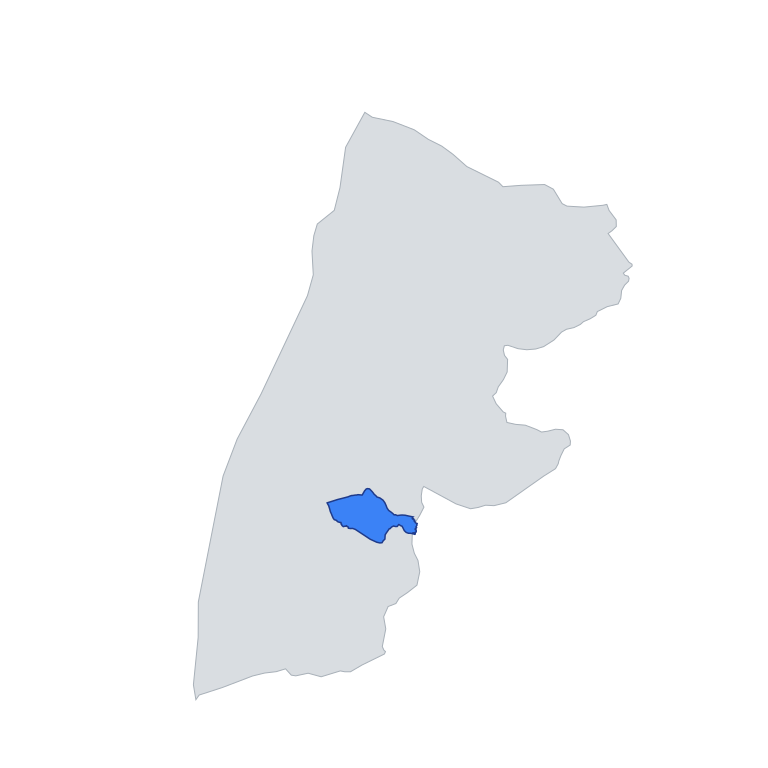 location of Gbao, Grand Gedeh, Liberia, rotated 73°
{"feature_id": "62588387B49218131763508", "entity_name": "Gbao", "entity_type": "district", "adm_level": 2, "iso_a3": "LBR", "parent_name": "Liberia", "parent_adm1": "Grand Gedeh", "projection": "albers", "projection_center": [-8.462, 6.068], "detail": "fine", "context": "in_parent", "style": "filled", "palette": "blue", "viewbox_px": 768, "rotation_deg": 73, "n_neighbors": 0, "source": "geoboundaries", "source_scale": "gbopen_adm2", "svg_char_len": 4072}
<svg xmlns="http://www.w3.org/2000/svg" viewBox="0 0 768 768"><g transform="rotate(73 384 384)"><path d="M118.6,322.9L125.5,317.2L135.7,298.6L149.8,280.7L163.0,270.1L173.4,259.2L184.5,250.9L200.3,241.2L224.5,215.5L230.1,212.6L234.1,194.8L240.2,172.1L247.2,165.1L263.6,160.9L267.4,157.0L273.3,141.1L277.1,122.4L277.4,118.4L283.9,118.0L294.9,114.0L301.3,115.8L304.1,121.2L305.6,125.7L339.0,114.2L342.0,111.8L343.7,112.2L347.9,122.7L350.3,122.0L352.3,119.0L354.6,118.7L357.2,120.1L359.8,125.0L364.0,129.4L371.3,132.5L375.9,136.7L375.3,147.9L377.1,158.8L380.2,161.3L381.9,167.8L382.7,175.0L384.4,178.7L385.6,185.9L385.0,193.6L386.3,199.1L391.6,208.5L394.9,220.3L394.9,228.6L393.0,237.4L389.4,245.5L383.2,254.2L382.6,257.7L386.3,260.0L391.9,260.4L396.6,258.6L408.5,262.7L414.7,268.5L420.2,275.6L425.1,279.2L427.3,283.7L435.7,282.5L445.5,278.2L447.5,276.1L450.4,277.2L456.7,277.7L461.1,269.9L464.7,260.9L472.3,251.2L476.0,247.4L477.0,241.2L477.4,233.2L480.1,226.2L486.4,222.4L493.1,222.4L496.8,223.8L498.7,230.6L504.1,235.7L508.7,239.3L511.2,240.7L515.1,244.7L518.8,258.3L533.2,302.2L532.5,314.4L529.6,322.3L529.6,330.0L528.6,337.7L519.7,350.2L493.6,375.9L495.6,378.1L501.9,381.1L508.2,382.6L513.4,381.8L520.0,388.2L527.0,396.2L534.5,400.4L545.3,404.1L554.7,404.5L562.7,403.1L574.0,404.7L586.0,411.3L590.3,422.4L593.2,432.0L597.4,436.8L598.0,445.1L606.5,452.4L618.7,453.9L634.6,462.4L638.6,461.9L640.3,460.8L642.3,462.5L646.3,487.2L649.4,500.2L647.8,505.5L645.6,509.7L645.6,529.7L638.4,541.1L637.3,553.7L635.3,557.8L627.6,561.4L627.6,571.1L625.5,582.7L624.8,595.1L627.0,627.5L627.4,651.7L630.9,656.2L615.9,654.2L572.0,635.8L538.2,625.3L425.0,564.8L393.7,540.5L357.5,504.4L277.2,431.4L258.9,419.7L235.8,414.0L221.6,407.7L211.5,401.0L203.4,380.8L183.4,368.7L146.4,351.5L118.6,322.9Z" fill="#d9dde1" stroke="#a8b0b8" stroke-width="1"/><path d="M506.5,416.3L506.4,416.4L505.4,416.8L503.2,417.4L500.9,417.5L500.3,417.6L497.8,417.9L495.1,418.8L494.8,418.9L493.0,420.3L491.7,421.3L490.0,423.8L489.6,423.9L488.8,424.3L488.5,424.4L486.5,425.7L485.7,425.9L483.4,426.8L480.1,428.5L479.2,430.4L479.2,430.7L479.2,431.7L480.5,433.8L483.5,437.0L483.8,437.4L482.2,441.3L482.2,442.5L481.8,444.0L481.5,446.4L481.2,447.4L481.2,448.1L481.2,449.3L481.4,451.4L481.3,453.3L481.3,453.9L481.0,460.3L480.9,461.9L481.0,470.4L481.0,473.1L481.6,473.1L484.2,472.5L484.8,472.5L487.2,472.5L487.6,472.5L490.4,472.6L493.5,472.2L494.2,472.2L497.5,471.8L499.2,471.2L499.7,470.5L499.8,470.3L500.1,469.9L500.8,469.1L501.5,469.0L502.2,468.5L503.0,467.4L503.2,467.1L503.5,466.6L503.8,465.7L504.4,465.7L505.3,466.0L505.6,465.6L506.1,465.6L506.8,465.6L507.5,465.3L508.0,464.9L508.4,464.7L508.6,464.1L508.5,463.6L508.5,463.2L508.6,462.8L508.8,462.3L508.7,462.2L508.6,461.8L508.6,461.2L509.1,461.1L509.3,461.1L509.6,460.8L509.9,460.5L510.4,460.0L510.8,460.1L511.5,460.2L512.3,458.6L512.7,457.2L513.0,456.1L514.1,454.7L514.6,454.0L521.7,448.1L528.4,442.6L533.2,437.2L534.8,434.4L535.2,432.3L533.7,430.6L532.6,428.5L528.6,427.0L527.2,425.4L523.9,421.2L524.1,420.5L523.0,418.6L522.6,416.4L523.7,414.6L524.1,413.0L523.5,412.1L522.7,411.1L523.0,410.5L524.2,409.7L525.3,408.3L527.4,407.9L529.9,407.5L530.1,407.5L532.4,406.2L533.1,405.3L533.8,404.4L534.7,401.8L535.7,400.2L535.2,400.2L534.8,399.9L534.8,399.6L535.0,399.3L535.7,399.0L536.7,398.7L536.8,398.3L536.4,398.0L535.8,397.7L535.4,397.7L535.0,397.7L534.9,396.5L534.5,396.3L533.3,396.0L532.7,396.0L532.6,396.4L532.4,396.7L532.2,396.7L531.6,396.5L531.4,395.9L531.2,395.2L530.9,394.9L530.8,395.0L530.3,395.2L529.9,395.1L529.0,394.1L528.5,393.7L527.9,393.7L527.5,393.7L527.4,393.4L527.3,393.1L527.1,393.1L526.9,393.6L526.2,394.1L525.7,394.6L524.9,394.5L524.5,394.8L524.4,395.0L524.2,395.1L524.0,394.8L523.6,394.5L523.2,394.5L523.0,395.0L522.8,395.2L522.2,395.0L521.6,395.1L521.4,395.4L521.5,395.9L521.4,396.2L521.0,396.3L520.5,396.1L519.7,395.3L519.6,395.1L517.7,398.6L515.7,402.1L514.6,405.0L514.2,406.7L513.7,409.7L513.0,410.5L512.6,411.0L512.4,411.2L512.1,412.6L510.5,413.4L508.3,414.9L508.2,415.0L506.5,416.3Z" fill="#3b82f6" stroke="#1e3a8a" stroke-width="1.5"/></g></svg>